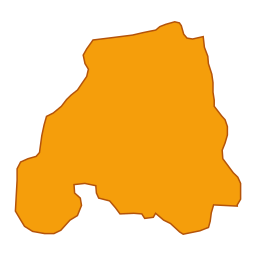 Hwacheon-gun, Gangwon, South Korea
{"feature_id": "91817680B86395324328742", "entity_name": "Hwacheon-gun", "entity_type": "district", "adm_level": 2, "iso_a3": "KOR", "parent_name": "South Korea", "parent_adm1": "Gangwon", "projection": "natural_earth1", "projection_center": [127.693, 38.168], "detail": "fine", "context": "isolated", "style": "filled", "palette": "amber", "viewbox_px": 256, "rotation_deg": 0, "n_neighbors": 0, "source": "geoboundaries", "source_scale": "gbopen_adm2", "svg_char_len": 1189}
<svg xmlns="http://www.w3.org/2000/svg" viewBox="0 0 256 256"><path d="M203.2,36.6L192.6,39.0L187.0,38.1L183.7,34.2L181.3,25.7L179.4,22.9L174.7,21.8L165.8,24.3L159.9,26.6L155.7,30.1L150.0,31.2L143.2,32.6L132.4,35.1L111.7,37.7L93.0,40.0L86.7,48.9L83.2,55.1L85.0,63.6L88.4,69.2L86.7,76.5L82.1,83.2L77.5,90.0L71.2,95.0L66.6,99.5L61.4,106.3L53.3,113.0L46.5,116.4L44.1,124.9L41.8,135.6L39.5,152.5L36.1,156.4L28.0,158.7L20.6,162.0L17.1,168.8L17.1,171.0L17.1,180.1L15.4,211.1L21.1,220.7L24.5,226.3L32.6,231.4L44.7,233.6L53.9,233.6L60.1,230.6L60.8,230.3L70.0,220.1L77.4,215.6L81.5,205.4L80.3,198.1L74.6,193.0L74.0,184.6L84.9,183.4L95.8,185.7L96.4,193.0L98.7,198.1L109.6,200.9L115.4,207.7L120.0,213.9L133.8,213.3L141.8,213.9L144.7,218.4L153.3,217.3L155.6,213.3L163.6,220.1L170.5,223.5L179.7,232.0L183.2,234.2L199.9,230.8L208.5,227.4L210.2,221.2L211.3,212.8L213.6,204.9L237.3,206.1L237.2,204.9L240.6,199.2L240.6,190.8L240.6,183.4L237.8,177.2L233.2,172.7L222.8,158.7L222.2,150.2L225.1,142.9L227.4,135.0L227.4,126.6L225.1,119.8L221.6,115.9L214.2,106.3L214.2,100.1L213.0,92.2L213.0,82.7L211.8,74.2L208.4,63.6L207.8,56.3L204.4,47.3L203.2,36.6Z" fill="#f59e0b" stroke="#b45309" stroke-width="1.5"/></svg>